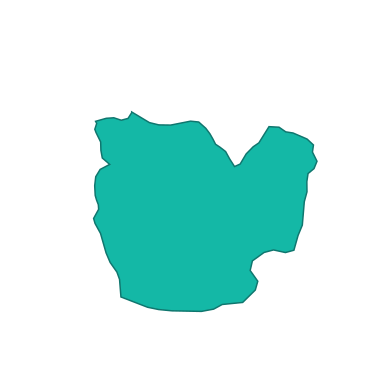 an SVG outline of Miaoli, rotated 319°
{"feature_id": "TWN-1165", "entity_name": "Miaoli", "entity_type": "County", "adm_level": 1, "iso_a3": "TWN", "parent_name": "Taiwan", "parent_adm1": "", "projection": "equal_earth", "projection_center": [120.946, 24.52], "detail": "fine", "context": "isolated", "style": "filled", "palette": "teal", "viewbox_px": 384, "rotation_deg": 319, "n_neighbors": 0, "source": "natural_earth", "source_scale": "10m", "svg_char_len": 1073}
<svg xmlns="http://www.w3.org/2000/svg" viewBox="0 0 384 384"><g transform="rotate(319 192 192)"><path d="M69.5,224.6L80.0,210.4L82.8,203.2L84.0,191.5L87.2,181.6L95.8,163.2L98.2,152.1L100.4,147.4L110.2,143.8L113.0,140.1L114.7,135.4L116.7,131.1L122.7,123.4L129.4,117.3L137.5,114.7L148.0,117.2L146.6,107.5L150.5,100.9L155.9,94.3L158.6,84.1L159.8,80.9L165.1,77.7L165.6,75.4L175.6,80.1L181.7,84.7L185.7,91.4L192.0,94.5L198.7,92.5L199.0,92.1L205.4,111.7L211.0,119.6L219.8,127.5L237.4,137.6L243.0,143.6L244.2,152.9L243.7,159.8L242.5,165.8L241.1,171.4L242.5,176.5L243.9,183.5L242.1,191.8L240.8,200.7L246.7,202.5L257.9,198.8L267.8,198.0L274.7,198.8L293.0,193.2L300.2,200.2L302.2,208.1L307.0,213.8L313.6,227.6L314.5,236.2L309.1,240.9L306.5,250.8L299.4,254.4L291.7,254.2L285.5,259.5L278.9,267.3L270.4,273.0L253.5,289.4L243.5,294.4L230.7,302.8L222.8,299.0L215.5,289.2L206.7,284.9L192.4,283.6L184.4,289.4L183.1,302.5L175.5,307.5L157.8,308.6L141.0,296.7L131.5,294.6L120.8,288.3L98.9,268.5L89.7,258.8L82.9,249.9L69.5,224.6Z" fill="#14b8a6" stroke="#0f766e" stroke-width="1.5"/></g></svg>